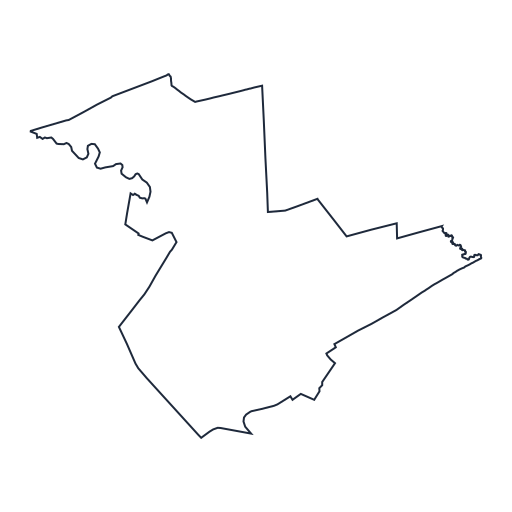 outline of Scrioastea, Teleorman, Romania
{"feature_id": "2599482B90968840278359", "entity_name": "Scrioastea", "entity_type": "district", "adm_level": 2, "iso_a3": "ROU", "parent_name": "Romania", "parent_adm1": "Teleorman", "projection": "mercator", "projection_center": [25.003, 44.171], "detail": "fine", "context": "isolated", "style": "outline", "palette": "slate", "viewbox_px": 512, "rotation_deg": 0, "n_neighbors": 0, "source": "geoboundaries", "source_scale": "gbopen_adm2", "svg_char_len": 5744}
<svg xmlns="http://www.w3.org/2000/svg" viewBox="0 0 512 512"><path d="M139.6,300.2L132.2,309.8L118.9,326.9L126.9,343.9L135.5,363.6L138.3,368.3L146.8,378.2L198.2,434.7L201.2,437.8L209.6,431.6L213.2,429.4L217.7,427.8L220.6,428.0L251.1,433.6L245.2,426.7L243.5,421.5L244.0,417.5L246.1,414.6L250.2,411.8L251.5,411.2L261.4,409.0L274.0,405.8L277.4,404.4L290.4,396.3L292.5,399.8L300.8,393.9L314.2,399.8L319.5,391.3L319.3,388.2L322.2,385.2L322.2,382.0L335.0,363.2L330.7,359.5L327.2,355.4L326.4,353.5L335.8,347.3L334.4,344.1L358.1,330.6L371.6,323.8L382.5,317.6L396.4,310.0L403.7,304.8L410.3,300.4L421.9,292.4L424.8,290.7L426.3,289.6L427.6,288.8L428.7,288.1L431.8,285.9L434.7,284.1L436.3,283.3L442.8,279.5L445.2,278.2L452.1,274.3L452.7,273.8L453.0,273.6L453.3,273.2L454.1,272.7L455.2,272.1L456.3,271.4L457.5,270.5L457.9,270.4L458.3,270.2L459.4,269.5L459.9,269.3L461.6,268.5L462.3,268.2L463.4,267.8L464.0,267.6L464.6,267.1L465.1,266.6L465.6,266.4L466.2,266.0L467.3,265.6L468.7,264.9L469.7,264.4L471.6,263.2L472.5,262.9L473.4,262.4L475.2,261.3L475.9,260.9L477.2,260.4L477.8,260.0L478.7,259.7L479.0,259.3L479.2,259.1L479.4,259.0L480.1,258.9L481.1,258.4L481.2,258.2L481.3,258.0L481.3,257.8L480.9,256.8L480.9,256.3L480.9,256.2L481.0,255.7L481.0,255.4L480.9,255.0L480.7,254.8L480.4,254.7L479.8,254.7L479.6,254.6L479.4,254.4L479.0,254.2L478.7,254.1L478.3,254.4L478.1,254.8L477.9,255.0L477.7,255.2L477.2,255.3L476.5,255.2L475.5,254.9L475.0,254.8L474.6,254.9L474.3,255.1L474.2,255.4L474.2,255.6L474.3,255.9L474.3,256.2L474.3,256.5L474.1,256.8L474.0,257.0L473.7,257.1L472.3,257.0L471.3,256.7L470.9,256.6L470.5,256.7L470.2,256.8L469.9,257.0L469.3,257.9L469.0,259.0L468.8,259.3L468.7,259.5L468.4,259.6L468.0,259.7L467.7,259.6L467.3,259.3L467.2,259.0L466.8,258.7L466.5,258.6L465.7,258.6L465.3,258.3L465.1,258.0L464.8,257.9L463.8,257.7L462.8,257.3L462.5,257.1L462.4,256.9L462.3,256.6L462.2,256.3L462.3,255.8L462.3,255.4L462.2,255.2L462.2,254.9L462.2,254.7L462.4,254.6L462.6,254.5L462.8,254.5L463.2,254.6L463.5,254.5L463.8,254.4L464.2,254.0L464.4,254.0L464.9,254.0L465.3,254.0L465.5,253.9L465.6,253.7L465.7,253.4L465.7,253.0L465.8,252.7L465.9,252.0L465.8,251.9L465.3,251.8L465.2,251.8L465.1,251.6L465.0,251.3L465.1,250.5L465.1,250.4L464.9,250.3L463.6,250.0L462.8,250.1L462.4,250.2L462.2,250.1L462.0,249.9L461.9,249.7L462.2,249.0L462.2,248.7L461.8,248.5L461.6,248.5L461.4,248.6L460.9,248.9L460.7,249.0L460.4,248.9L460.2,248.8L460.1,248.5L460.2,248.3L460.4,247.6L460.5,247.4L461.0,246.9L461.1,246.6L461.1,246.4L460.8,245.8L460.6,245.3L460.4,245.0L460.1,244.9L459.9,244.8L459.7,244.8L459.4,245.4L459.0,245.4L458.3,245.4L457.5,244.9L457.2,244.9L456.5,245.5L456.2,245.7L455.9,245.6L455.5,245.5L455.2,245.3L455.1,245.1L454.9,244.2L454.6,243.9L454.3,243.9L453.7,244.0L453.1,244.1L452.6,244.0L452.4,243.8L452.3,243.6L452.3,243.4L452.7,243.1L452.9,242.8L452.9,242.6L453.0,242.4L452.9,242.2L452.6,242.1L452.0,242.2L451.3,242.1L451.1,242.0L450.9,241.7L450.9,241.4L450.9,241.2L451.0,241.0L451.2,240.9L451.9,240.8L452.0,240.7L452.2,240.1L452.2,239.9L452.3,239.7L452.4,239.4L452.4,238.9L452.4,238.5L452.4,238.4L453.0,237.9L453.1,237.6L453.1,237.4L452.9,237.2L452.2,236.9L452.1,236.0L451.9,235.6L451.6,235.3L451.3,235.4L451.2,235.4L451.1,235.6L451.0,235.9L450.9,236.0L450.6,236.0L449.7,235.8L449.4,236.0L449.0,236.6L448.7,236.7L448.4,236.6L448.3,236.4L448.3,236.2L448.4,235.5L448.4,235.1L448.2,234.8L448.1,234.7L447.8,234.6L447.6,234.6L447.3,234.8L446.8,235.5L446.5,235.9L446.3,236.0L446.1,236.0L445.8,235.8L445.7,235.4L445.7,235.0L445.8,234.7L446.3,233.7L446.4,233.4L446.4,233.2L446.1,233.0L445.9,233.0L445.6,233.0L445.1,233.2L444.8,233.3L444.6,233.3L444.4,233.1L444.2,232.9L443.7,232.3L442.9,231.3L442.6,231.0L442.6,230.7L442.7,230.4L442.9,230.1L443.0,229.3L443.0,228.8L443.0,228.5L442.8,228.2L442.6,228.0L442.3,227.9L441.9,227.4L441.6,227.0L441.5,226.7L441.6,226.4L441.8,226.1L419.0,232.3L397.1,238.4L396.7,223.3L371.2,229.7L346.6,236.4L335.2,221.7L317.8,199.5L317.5,198.8L297.0,206.4L285.2,210.6L267.9,212.0L267.2,192.8L265.4,157.8L263.8,120.7L262.1,85.7L254.2,87.5L250.3,88.6L249.8,88.6L247.9,89.1L247.0,89.4L245.3,89.7L243.7,90.2L240.3,91.1L234.6,92.5L229.4,93.8L222.2,95.5L219.8,96.1L213.6,97.5L210.7,98.3L205.3,99.6L196.6,101.5L195.6,101.8L195.1,101.9L191.0,99.5L189.2,98.3L185.7,95.9L183.9,94.5L180.9,92.5L179.1,91.0L177.3,89.7L175.1,87.9L173.5,86.8L172.6,86.3L172.0,86.0L171.8,85.8L171.6,85.5L171.5,85.2L171.5,84.7L171.4,83.6L171.3,82.4L171.1,81.3L171.0,79.9L171.0,78.4L170.9,78.2L170.8,77.4L170.7,76.8L170.6,76.6L170.4,76.3L169.9,76.0L169.7,75.8L169.5,75.5L169.3,75.0L168.9,74.3L168.8,74.2L168.6,74.2L167.9,74.4L167.6,74.6L167.0,75.1L166.5,75.4L165.9,75.7L165.1,76.0L164.5,76.2L159.0,78.4L152.1,81.2L114.1,95.6L112.3,96.3L110.9,97.6L97.0,104.6L83.5,112.1L68.7,120.0L66.2,120.4L41.9,127.5L30.8,130.9L30.7,131.6L36.7,133.9L37.2,137.8L39.8,136.9L42.6,138.9L44.9,137.5L46.9,138.2L51.3,137.5L53.0,138.9L56.6,143.6L58.4,144.0L63.8,144.2L66.5,143.0L68.7,144.0L71.2,147.0L72.0,150.8L78.7,158.0L82.9,159.4L86.8,157.4L88.4,153.8L87.4,149.1L87.9,145.8L91.4,143.9L94.8,144.2L98.0,148.6L99.8,152.4L98.6,156.5L95.0,163.7L96.9,167.6L100.6,168.7L105.3,167.4L113.1,166.1L116.0,164.1L120.5,163.5L122.3,165.0L122.6,167.2L121.1,170.6L121.6,173.7L126.0,177.3L129.4,178.9L132.1,178.2L134.2,176.4L135.6,174.2L137.3,173.5L138.7,174.1L142.3,179.5L146.8,182.6L149.9,187.0L150.5,191.7L149.4,196.8L147.0,202.4L145.4,198.6L144.2,198.2L142.4,198.4L139.8,197.7L138.7,195.8L136.1,194.7L135.6,194.1L134.7,193.7L133.7,194.7L133.0,195.0L130.6,193.4L127.1,213.2L125.3,224.4L138.6,233.5L138.3,234.9L142.6,236.7L152.4,240.4L165.8,233.3L169.0,232.1L171.8,232.8L176.5,242.1L171.9,249.7L170.0,251.8L166.4,257.9L155.6,275.6L149.4,286.7L144.4,294.3L139.6,300.2Z" fill="none" stroke="#1e293b" stroke-width="2"/></svg>